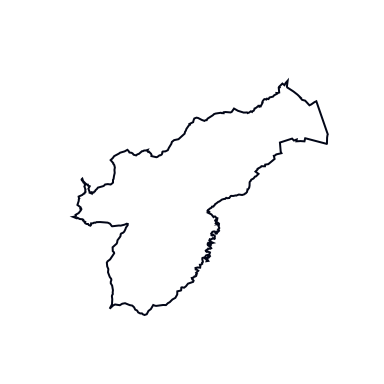 Lemnia, Covasna, Romania (orthographic projection), rotated 202°
{"feature_id": "2599482B98090680968042", "entity_name": "Lemnia", "entity_type": "district", "adm_level": 2, "iso_a3": "ROU", "parent_name": "Romania", "parent_adm1": "Covasna", "projection": "orthographic", "projection_center": [26.305, 46.106], "detail": "fine", "context": "isolated", "style": "outline", "palette": "ink", "viewbox_px": 384, "rotation_deg": 202, "n_neighbors": 0, "source": "geoboundaries", "source_scale": "gbopen_adm2", "svg_char_len": 6096}
<svg xmlns="http://www.w3.org/2000/svg" viewBox="0 0 384 384"><g transform="rotate(202 192 192)"><path d="M142.8,324.6L143.5,325.3L145.0,331.0L146.0,328.2L146.3,325.7L148.8,326.4L150.6,322.3L149.9,321.8L150.6,321.1L148.4,316.9L149.7,315.8L150.6,315.5L150.0,314.9L152.1,312.4L152.6,310.8L155.5,308.7L155.9,306.8L157.5,306.6L157.7,305.6L159.2,305.5L159.9,304.9L160.5,302.6L160.4,301.3L160.0,301.2L160.4,297.1L161.4,297.3L162.4,296.9L162.1,296.3L162.9,296.3L164.1,294.1L165.2,292.9L165.0,292.7L165.3,290.4L166.1,289.6L166.3,288.7L167.6,288.9L168.8,287.1L170.0,286.0L170.7,286.4L173.8,285.0L179.8,284.5L184.3,285.1L185.2,281.1L186.1,280.2L190.9,278.7L192.5,277.8L192.2,276.9L194.3,276.2L194.9,276.3L199.6,273.5L200.8,272.4L201.4,271.0L205.1,265.8L205.3,264.1L206.4,263.6L207.1,262.6L209.8,262.5L214.1,262.9L215.7,262.6L217.1,261.3L217.4,261.0L217.4,259.1L217.1,257.2L219.7,254.3L219.3,254.1L219.1,253.7L219.7,253.3L220.8,248.4L220.7,246.5L221.0,245.2L220.7,243.3L224.3,235.9L228.0,233.4L229.4,230.9L229.2,228.9L230.0,224.2L230.1,221.7L231.9,219.7L234.2,218.6L234.5,217.8L234.1,216.9L234.1,215.5L234.9,214.3L235.9,213.8L237.2,211.6L238.1,210.9L243.1,210.1L243.4,211.2L244.3,212.1L247.1,213.3L247.6,212.7L249.0,213.4L248.9,214.4L250.2,213.3L252.0,212.5L252.8,211.5L253.7,211.0L255.5,207.5L256.8,206.4L257.5,205.0L260.1,204.7L261.5,205.5L262.7,205.7L264.8,205.2L266.4,206.4L267.7,206.9L269.7,204.4L273.4,201.5L274.1,200.3L277.6,196.1L278.2,193.7L279.4,191.1L275.7,189.2L275.6,188.7L274.2,187.9L272.7,185.8L272.2,183.5L270.8,180.7L270.3,177.5L269.6,174.7L269.8,173.7L268.8,171.2L269.0,170.5L270.2,168.5L273.0,167.8L275.4,166.4L276.0,164.8L276.6,164.1L280.9,160.8L281.3,159.2L282.1,157.6L282.2,156.3L282.7,155.9L283.0,154.6L283.9,154.1L284.0,153.5L284.9,154.3L285.6,153.8L285.3,153.0L286.7,153.0L286.8,153.5L289.3,156.3L289.0,159.0L290.8,159.0L291.3,159.8L292.2,159.5L294.2,160.1L297.1,161.4L298.7,163.3L299.0,162.7L299.0,162.1L298.4,161.5L297.3,161.2L296.2,160.1L295.3,160.0L294.1,158.8L293.7,157.7L293.9,156.9L291.7,154.4L291.8,154.0L290.8,152.3L291.1,151.9L290.9,151.5L291.3,151.0L291.2,150.2L291.9,149.7L292.6,148.2L295.4,145.3L294.5,143.9L294.1,143.8L294.2,142.7L293.7,141.4L293.4,137.1L289.7,136.1L289.5,135.2L288.7,135.3L288.2,134.7L288.7,134.0L288.2,133.4L289.2,130.0L291.4,127.2L290.6,126.3L290.6,125.9L292.9,124.4L289.1,124.4L288.7,124.6L288.4,125.2L286.0,124.9L283.2,125.7L282.4,125.5L282.3,124.7L279.9,124.3L280.1,123.5L279.1,123.0L277.7,122.9L276.3,123.4L275.3,122.7L273.6,122.7L273.3,123.6L273.8,125.1L272.2,125.8L271.3,126.9L270.1,127.3L269.2,128.3L265.7,129.8L258.7,132.0L256.2,131.9L253.5,130.3L253.0,130.4L247.5,133.4L245.4,134.2L242.1,136.6L240.7,138.1L239.6,138.3L239.2,137.1L239.9,134.3L239.8,132.4L240.0,129.8L240.8,128.2L242.0,127.1L242.3,126.1L241.8,124.5L241.9,123.4L243.0,119.3L242.5,117.1L242.5,115.9L244.9,111.0L243.3,107.5L241.7,106.8L241.2,106.0L242.7,98.8L244.3,96.1L244.5,94.6L242.7,91.2L240.7,89.2L239.8,86.1L236.4,82.4L234.4,81.2L233.8,80.2L233.7,78.4L233.1,76.9L231.0,75.3L228.5,71.3L227.9,69.1L227.2,67.7L227.4,66.2L227.2,65.3L225.8,62.8L224.1,57.9L224.6,53.0L222.6,57.3L221.2,58.9L216.5,60.0L214.8,62.3L212.4,63.8L207.4,63.8L204.8,64.3L202.5,63.4L200.6,61.7L198.4,61.5L196.8,60.2L194.5,60.0L193.0,60.7L191.8,60.2L189.9,60.2L188.2,61.7L187.8,65.5L186.3,68.0L185.6,72.7L183.6,72.7L182.3,73.1L176.5,76.4L173.8,77.4L172.7,79.9L171.4,81.5L169.9,85.0L167.8,87.6L167.3,91.4L168.4,94.4L165.4,96.5L165.3,97.0L166.1,99.4L165.6,99.9L163.5,100.3L162.3,102.3L161.4,105.5L157.3,109.1L157.3,110.4L158.5,111.0L158.9,111.8L159.3,111.4L160.0,112.2L158.5,113.4L158.1,114.7L157.3,114.9L156.7,115.7L156.7,116.3L157.3,117.0L156.8,118.0L157.9,118.6L156.7,121.3L158.6,121.8L159.6,121.6L160.3,122.9L158.6,124.1L156.1,124.9L156.4,126.1L157.4,127.5L156.3,128.1L155.6,129.3L156.2,130.2L155.7,131.3L157.4,133.7L157.6,134.8L156.1,135.9L155.4,135.3L153.0,134.8L152.7,134.4L152.6,133.3L151.1,134.2L152.8,135.4L153.4,136.2L154.8,136.2L155.5,137.0L155.2,138.5L153.3,140.0L152.3,139.3L152.9,137.9L152.9,137.4L152.4,137.0L152.0,137.3L151.3,139.3L152.5,140.1L152.7,142.7L155.0,142.7L155.7,142.0L156.9,142.3L157.3,142.8L156.2,144.6L155.8,144.9L155.8,145.6L153.8,146.2L153.1,147.1L154.2,147.9L157.3,148.6L157.8,149.1L158.1,150.3L157.9,151.0L157.4,151.1L156.4,149.8L154.7,149.8L154.6,150.1L155.1,150.4L156.3,150.9L156.5,151.6L154.4,152.1L153.4,152.8L156.1,152.9L157.8,153.6L157.8,154.9L156.6,155.0L155.8,156.3L155.0,156.6L155.1,157.1L152.8,156.9L153.6,157.4L154.3,159.7L156.4,160.3L156.9,159.3L157.7,159.2L158.0,160.2L158.6,160.5L158.1,162.8L156.8,163.7L156.0,163.9L154.5,162.3L153.5,162.7L153.4,163.1L154.3,164.2L154.2,164.5L153.9,164.9L153.4,164.8L153.0,165.6L152.7,165.4L152.4,166.2L153.8,167.1L153.2,167.9L153.2,168.8L155.8,171.5L154.7,171.4L154.9,172.1L156.3,171.5L155.8,172.2L155.9,172.5L158.3,172.0L158.3,173.0L157.3,173.4L159.8,174.1L159.8,174.6L159.1,175.4L159.4,176.2L158.8,175.7L158.5,176.0L158.2,175.7L158.1,176.3L157.9,176.2L158.5,176.6L158.7,177.2L159.4,177.0L161.1,177.8L162.3,177.6L162.7,176.8L165.6,178.5L168.6,178.7L168.3,178.9L168.4,180.0L169.7,180.2L170.1,179.7L170.6,180.2L170.4,181.4L169.7,182.2L169.5,183.0L168.1,184.7L168.0,185.9L166.7,186.5L166.6,187.4L166.2,187.9L165.9,189.7L165.3,190.3L163.9,192.8L163.1,193.4L161.4,196.2L159.5,197.7L158.8,197.9L158.1,199.4L157.1,199.4L155.2,200.4L154.6,202.7L154.2,203.1L152.4,203.7L150.2,205.2L149.7,205.2L147.6,207.2L144.4,208.0L142.5,209.6L142.1,210.6L141.6,211.0L141.0,212.7L141.5,215.0L141.1,215.0L140.6,217.4L141.0,219.4L142.2,222.6L142.2,223.4L141.7,224.4L141.7,225.6L140.0,227.6L139.4,229.8L138.5,230.5L137.1,233.7L140.8,234.7L139.6,237.6L139.9,238.1L137.6,240.9L137.3,241.9L134.0,243.2L134.4,244.8L131.7,246.4L127.8,253.6L129.7,256.2L128.6,257.1L128.0,258.4L123.6,261.5L124.9,262.7L129.0,270.8L119.2,279.0L116.8,277.9L114.6,279.9L114.2,278.1L110.4,279.9L106.7,281.1L107.2,284.2L106.9,284.3L85.1,287.1L85.0,287.4L87.1,293.0L87.7,295.5L87.7,296.3L110.7,322.7L112.1,321.2L114.3,317.8L115.6,316.4L121.3,319.1L124.4,318.7L126.9,320.0L126.7,320.2L130.7,321.8L135.6,323.2L142.8,324.6Z" fill="none" stroke="#020617" stroke-width="2"/></g></svg>